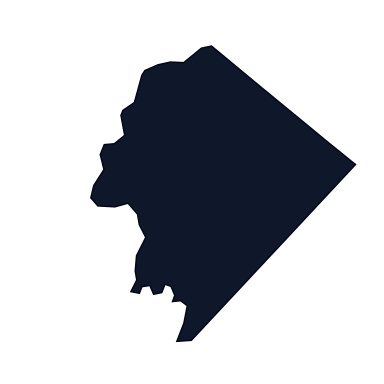 Anson, North Carolina, United States of America (Equal Earth projection), rotated 218°
{"feature_id": "52423323B73600596363110", "entity_name": "Anson", "entity_type": "district", "adm_level": 2, "iso_a3": "USA", "parent_name": "United States of America", "parent_adm1": "North Carolina", "projection": "equal_earth", "projection_center": [-80.065, 35.009], "detail": "fine", "context": "isolated", "style": "filled", "palette": "ink", "viewbox_px": 384, "rotation_deg": 218, "n_neighbors": 0, "source": "geoboundaries", "source_scale": "gbopen_adm2", "svg_char_len": 870}
<svg xmlns="http://www.w3.org/2000/svg" viewBox="0 0 384 384"><g transform="rotate(218 192 192)"><path d="M101.2,74.7L91.4,185.8L90.3,197.9L80.1,314.3L87.8,314.4L97.7,314.6L121.3,315.0L123.3,315.1L156.7,316.0L170.0,316.3L185.3,316.7L185.7,316.7L195.6,317.0L197.6,317.0L211.9,317.4L219.2,317.6L225.9,317.8L231.9,318.0L266.3,319.0L266.5,319.0L273.1,311.2L278.2,288.8L289.0,281.1L297.1,271.3L303.9,258.7L303.4,253.2L292.5,227.1L296.7,213.7L295.1,208.6L279.9,195.2L282.9,182.2L290.3,175.3L287.3,165.0L275.2,155.5L273.4,136.6L268.1,125.1L257.6,123.1L243.6,132.9L235.5,143.8L221.3,141.0L213.4,133.8L200.5,127.8L196.5,107.7L188.0,94.7L181.3,88.6L178.8,75.9L171.1,79.8L173.2,86.5L167.7,92.4L159.3,87.8L153.9,94.1L156.5,102.7L150.4,104.7L141.9,99.9L139.9,93.7L134.1,99.3L125.7,99.5L117.6,83.6L112.0,65.0L101.2,74.7Z" fill="#0f172a" stroke="#020617" stroke-width="1.5"/></g></svg>